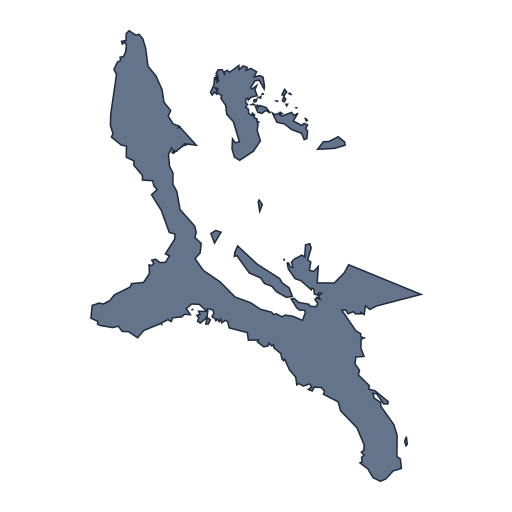 the district of Quezon, Quezon, Philippines
{"feature_id": "2640588B64856500371355", "entity_name": "Quezon", "entity_type": "district", "adm_level": 2, "iso_a3": "PHL", "parent_name": "Philippines", "parent_adm1": "Quezon", "projection": "orthographic", "projection_center": [122.074, 14.189], "detail": "fine", "context": "isolated", "style": "filled", "palette": "slate", "viewbox_px": 512, "rotation_deg": 0, "n_neighbors": 0, "source": "geoboundaries", "source_scale": "gbopen_adm2", "svg_char_len": 6051}
<svg xmlns="http://www.w3.org/2000/svg" viewBox="0 0 512 512"><path d="M116.5,74.5L110.7,114.4L110.4,125.4L113.0,133.6L111.4,137.1L121.2,145.0L126.4,146.1L126.3,157.3L134.1,161.0L133.7,165.1L142.4,175.4L142.5,180.1L152.7,180.7L153.8,185.8L157.1,189.6L151.5,194.7L161.2,210.2L169.3,232.5L174.9,234.0L174.8,238.9L165.4,253.9L169.4,255.9L165.5,262.3L160.0,262.6L155.6,259.2L151.7,260.2L153.8,263.1L151.7,265.6L149.1,264.8L149.4,273.5L143.5,282.5L131.5,283.6L130.2,287.0L114.4,294.8L109.9,300.5L103.3,304.0L99.0,303.1L92.2,305.4L90.9,318.2L97.7,321.3L97.5,324.1L99.8,325.4L112.7,327.6L118.3,326.2L122.2,331.5L128.5,331.7L137.6,337.8L143.8,330.5L161.1,323.3L162.0,325.3L161.4,323.0L167.9,319.7L171.3,321.6L172.5,317.8L181.7,316.9L184.4,314.3L190.4,314.7L186.3,308.6L191.6,304.0L199.4,304.4L206.6,311.0L207.8,308.7L212.9,310.0L213.8,313.5L212.0,316.6L216.1,319.7L215.4,321.4L217.2,319.0L219.2,321.6L220.6,319.1L221.7,322.8L225.3,320.3L227.7,321.7L229.2,327.9L247.3,332.6L248.4,340.2L258.5,340.0L257.4,341.9L263.9,346.9L268.3,345.8L268.9,343.2L271.8,346.0L273.5,344.8L274.1,348.1L280.8,353.5L281.9,359.0L283.5,360.6L284.1,359.4L284.6,359.1L289.6,370.1L295.7,377.1L296.8,384.9L298.9,383.6L303.4,386.1L309.4,383.9L311.8,386.9L308.3,389.5L312.2,391.0L314.2,387.2L321.1,387.5L324.6,391.1L323.4,394.3L338.2,401.9L340.6,410.8L357.0,427.9L364.1,444.8L363.8,450.3L361.3,452.1L364.1,455.4L361.5,457.3L362.2,461.7L359.9,462.9L367.9,468.9L373.0,477.6L380.4,481.3L385.7,479.0L393.2,470.9L401.4,468.5L400.4,459.0L396.9,456.5L397.1,435.4L394.0,424.9L381.0,406.5L380.6,402.3L374.4,398.4L372.9,393.4L376.7,393.8L383.6,403.9L387.9,403.9L388.1,401.5L375.0,390.8L368.7,389.1L369.4,385.7L358.4,375.0L359.5,370.3L355.0,364.0L355.8,357.0L364.0,356.4L360.9,348.1L361.1,339.3L364.2,337.9L360.7,336.8L360.7,333.6L355.9,330.8L341.8,310.2L345.5,309.9L348.0,313.8L353.4,311.7L355.6,313.9L361.0,313.8L360.5,313.1L360.7,312.3L364.2,314.5L365.4,305.8L369.8,309.5L376.8,305.9L421.1,294.4L348.6,264.7L344.4,272.7L334.2,283.0L317.2,282.9L318.3,266.5L313.8,271.3L309.4,270.4L310.8,262.1L307.7,259.8L311.2,248.0L309.8,243.7L305.5,244.9L304.7,256.9L301.9,255.1L294.5,259.0L291.4,262.2L292.8,267.3L290.3,267.1L288.7,263.1L287.8,262.7L287.2,263.4L288.4,269.0L295.1,278.7L301.0,280.7L311.3,289.8L311.9,288.1L313.9,289.2L314.4,294.1L318.0,295.2L318.8,292.9L321.4,293.2L318.4,296.4L319.9,299.2L316.8,297.4L315.0,299.5L317.8,303.7L316.1,306.6L309.8,306.3L309.0,304.3L298.7,302.4L294.1,298.4L291.2,299.0L296.8,308.0L299.8,310.2L304.4,310.1L305.4,312.3L302.5,320.4L292.8,316.2L285.0,315.1L282.1,316.8L276.3,313.8L273.5,314.6L271.7,312.2L260.2,309.2L250.8,302.8L235.1,297.0L219.9,281.7L203.4,270.5L195.1,258.7L200.2,252.8L201.2,243.4L194.9,237.5L196.2,232.4L194.7,226.1L180.1,209.6L176.8,191.5L172.9,184.3L173.0,173.1L169.5,166.2L168.5,154.6L171.9,147.2L171.2,149.2L175.7,151.3L171.9,152.0L173.1,153.4L182.9,146.0L182.1,145.2L183.4,145.6L185.8,145.1L186.7,144.8L187.0,144.4L184.4,145.0L184.4,143.7L196.3,145.2L180.2,127.5L178.3,127.6L179.6,126.4L172.9,123.7L168.2,116.0L170.7,110.6L164.0,102.3L162.1,89.7L156.0,76.0L148.0,66.2L145.7,48.4L142.8,38.7L138.9,34.2L135.8,35.2L129.1,30.7L126.2,33.6L126.0,40.5L121.5,41.3L122.4,44.1L124.6,42.4L126.4,44.6L125.7,51.5L123.5,56.6L120.1,57.2L120.6,60.5L117.5,62.0L113.9,69.4L116.5,74.5ZM238.9,65.5L229.6,72.3L227.3,70.3L224.6,71.8L224.4,73.7L222.2,69.7L218.1,69.8L216.1,73.5L217.4,74.2L217.0,76.0L217.8,76.6L217.8,77.1L216.4,75.6L215.9,75.8L217.3,77.6L217.2,79.0L218.0,79.1L218.7,80.9L217.0,82.1L217.6,79.5L215.5,79.6L217.0,77.7L214.5,77.8L214.0,84.7L210.5,92.4L212.2,95.1L214.6,92.1L216.7,94.1L217.3,90.1L215.2,88.0L217.7,88.3L217.5,93.3L221.8,95.5L220.8,98.2L225.6,105.3L226.8,114.5L233.3,121.6L239.4,141.7L235.2,142.8L232.5,138.9L232.0,148.8L234.4,157.1L239.7,160.3L253.4,151.3L260.4,140.9L257.1,130.1L258.1,124.5L256.8,121.1L257.2,119.2L254.2,117.5L254.5,114.9L251.7,115.5L248.6,113.2L248.4,109.2L245.7,107.2L247.6,104.3L245.6,102.8L245.7,98.9L247.8,98.2L248.2,100.2L250.9,97.3L257.1,95.7L254.9,89.7L256.7,85.5L252.1,89.0L250.7,87.6L255.0,80.8L259.2,80.2L264.1,89.0L264.5,86.2L263.1,77.2L260.1,75.6L254.0,76.9L256.7,71.8L250.8,68.4L246.2,70.3L247.2,67.4L243.2,65.8L239.1,69.7L238.9,65.5ZM237.6,245.9L234.9,252.2L234.3,256.4L236.9,255.7L249.4,273.1L260.6,277.9L264.6,283.6L271.7,286.2L276.5,291.7L286.3,297.4L292.4,296.4L289.0,287.7L282.2,282.9L279.7,278.6L257.1,264.1L237.6,245.9ZM291.5,112.4L281.7,116.1L279.9,115.1L279.1,113.1L275.0,114.6L272.4,113.0L276.9,122.3L284.5,123.9L291.5,129.5L301.5,133.3L304.2,139.6L306.9,138.6L307.6,131.2L305.7,128.4L307.6,124.9L304.1,123.4L301.8,125.4L293.3,121.0L297.9,113.2L294.2,115.6L291.5,112.4ZM338.2,136.7L328.9,141.5L323.4,141.7L317.6,149.3L334.7,148.4L345.1,145.2L344.7,142.0L338.2,136.7ZM205.8,311.4L198.5,311.2L200.0,314.4L196.8,315.4L198.7,317.5L197.6,321.3L200.3,323.1L207.0,317.5L205.8,324.1L208.3,324.0L210.4,319.8L206.8,317.2L207.9,311.1L205.8,311.4ZM215.7,230.5L210.9,233.5L214.5,243.1L221.0,232.2L215.7,230.5ZM257.5,105.1L255.4,106.5L257.8,112.3L261.9,113.4L265.7,110.4L270.4,113.1L265.9,107.4L259.7,105.5L258.2,107.4L257.5,105.1ZM406.4,436.7L404.6,441.2L405.9,445.8L407.3,444.2L406.4,436.7ZM259.2,200.0L258.2,201.6L259.7,211.3L262.3,204.7L259.2,200.0ZM283.8,96.6L282.4,100.8L284.4,101.9L285.8,99.1L283.8,96.6ZM286.7,92.0L284.6,89.3L281.9,94.8L284.2,95.5L286.7,92.0ZM256.9,99.2L253.7,100.1L254.1,102.0L255.9,101.7L256.9,99.2ZM282.3,113.6L280.3,112.3L280.0,114.4L282.3,113.6ZM307.4,120.3L304.9,117.9L306.3,121.0L307.4,120.3ZM291.6,94.9L289.8,93.1L289.0,93.6L291.6,94.9ZM253.7,114.3L252.4,113.1L252.1,114.9L253.7,114.3ZM255.4,104.9L252.8,104.0L251.5,104.6L255.4,104.9ZM287.6,104.2L285.9,104.3L286.6,105.9L287.6,104.2ZM278.2,101.0L276.4,101.0L277.2,101.5L278.2,101.0ZM260.6,98.2L260.9,96.8L258.6,97.3L260.6,98.2ZM258.9,121.9L257.0,121.4L258.9,122.1L258.9,121.9ZM264.0,93.9L262.4,93.7L262.0,94.5L264.0,93.9ZM193.0,308.9L192.2,309.6L192.7,309.7L193.0,308.9ZM297.5,107.8L296.0,107.7L296.1,107.9L297.5,107.8ZM284.1,259.4L283.8,259.7L284.6,260.6L284.1,259.4Z" fill="#64748b" stroke="#1e293b" stroke-width="1.5"/></svg>